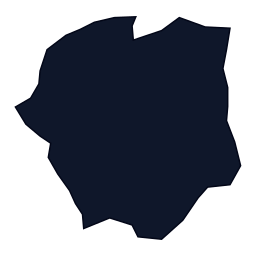 outline of Strovolos, Nicosia, Cyprus
{"feature_id": "46923920B23243787591714", "entity_name": "Strovolos", "entity_type": "district", "adm_level": 2, "iso_a3": "CYP", "parent_name": "Cyprus", "parent_adm1": "Nicosia", "projection": "mercator", "projection_center": [33.346, 35.13], "detail": "fine", "context": "isolated", "style": "filled", "palette": "ink", "viewbox_px": 256, "rotation_deg": 0, "n_neighbors": 0, "source": "geoboundaries", "source_scale": "gbopen_adm2", "svg_char_len": 588}
<svg xmlns="http://www.w3.org/2000/svg" viewBox="0 0 256 256"><path d="M15.4,107.0L25.9,124.2L40.1,136.1L50.7,143.2L48.3,157.4L57.8,174.0L69.6,190.6L75.5,203.6L82.5,214.3L83.7,228.5L109.7,217.9L132.1,225.0L138.0,236.8L161.6,239.2L182.8,220.2L198.2,197.7L207.6,187.1L230.0,184.7L240.6,165.7L234.7,142.0L226.5,120.7L227.7,106.5L227.7,87.5L222.9,68.5L226.5,49.6L230.0,28.2L205.2,27.0L179.3,17.6L161.6,30.6L133.3,40.1L132.1,25.9L135.8,16.8L114.4,17.6L94.3,22.3L80.2,29.4L66.0,35.3L47.1,49.6L40.1,70.9L38.9,83.9L30.6,98.2L15.4,107.0Z" fill="#0f172a" stroke="#020617" stroke-width="1.5"/></svg>